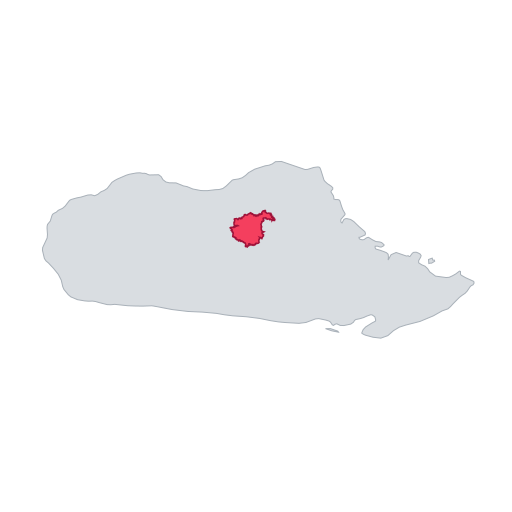 location of Tsiroanomandidy, Bongolava, Madagascar, rotated 78°
{"feature_id": "10022922B70813515121555", "entity_name": "Tsiroanomandidy", "entity_type": "district", "adm_level": 2, "iso_a3": "MDG", "parent_name": "Madagascar", "parent_adm1": "Bongolava", "projection": "albers", "projection_center": [45.919, -18.728], "detail": "fine", "context": "in_parent", "style": "filled", "palette": "rose", "viewbox_px": 512, "rotation_deg": 78, "n_neighbors": 0, "source": "geoboundaries", "source_scale": "gbopen_adm2", "svg_char_len": 8865}
<svg xmlns="http://www.w3.org/2000/svg" viewBox="0 0 512 512"><g transform="rotate(78 256 256)"><path d="M336.0,59.3L337.3,62.6L338.8,65.7L343.8,73.3L345.9,76.2L347.6,79.3L348.4,85.4L351.4,94.9L354.1,109.2L354.7,123.9L355.4,130.6L357.6,137.0L361.3,143.6L362.3,151.0L359.8,158.4L356.2,165.4L355.3,166.7L353.7,168.5L353.0,168.4L350.3,166.5L348.2,163.5L345.6,156.4L344.6,152.8L343.5,152.2L340.2,152.4L337.8,154.6L337.3,156.0L337.8,160.0L338.6,163.6L338.9,167.2L338.9,171.8L339.7,173.2L341.0,174.4L342.3,177.4L342.3,184.5L341.4,188.1L339.1,191.1L339.2,192.9L340.0,194.6L339.2,195.7L336.1,196.9L334.8,198.1L333.1,201.2L330.3,207.6L329.9,210.9L331.4,220.9L330.8,227.9L327.1,241.4L325.1,247.8L322.2,255.4L317.8,265.5L313.4,278.1L309.7,291.1L307.0,298.9L303.9,306.6L299.7,320.2L296.1,334.1L290.9,349.3L283.8,366.2L283.0,368.4L281.5,377.1L279.8,384.6L277.9,392.0L273.9,404.3L273.5,408.1L272.6,411.7L268.8,419.4L267.2,422.3L266.1,425.3L265.4,429.2L264.3,432.9L261.6,439.7L257.5,445.6L254.8,447.7L248.8,450.8L245.8,451.4L239.2,451.5L232.8,453.2L226.1,456.6L219.6,460.5L217.2,462.4L214.5,463.5L206.0,463.7L203.4,462.9L194.9,456.5L191.6,455.5L185.3,454.6L183.4,454.1L181.7,453.3L179.1,450.0L174.1,447.2L172.9,446.3L172.1,444.3L171.6,442.2L170.2,439.9L169.2,435.4L167.5,432.3L162.8,426.8L162.3,425.0L161.9,419.1L162.0,415.1L161.4,407.8L161.9,404.4L163.5,401.3L162.8,397.9L161.0,394.4L160.3,390.8L159.0,387.5L154.0,381.6L152.8,378.6L151.9,375.6L150.0,366.1L149.7,362.8L149.9,355.8L150.5,352.2L151.6,349.6L151.9,347.8L152.7,346.1L153.8,344.8L154.6,343.3L156.3,334.3L158.6,332.3L162.1,331.1L164.9,328.7L166.4,325.5L167.9,319.0L172.3,312.5L173.8,309.0L177.3,303.9L180.4,296.6L181.3,293.2L182.0,289.7L182.7,282.0L183.3,278.2L183.1,274.4L181.3,270.5L176.9,263.5L176.7,262.2L177.0,257.0L176.6,253.2L175.0,249.4L172.9,245.9L170.8,239.2L169.7,228.3L169.9,224.3L169.3,220.8L167.8,217.4L168.8,211.5L181.6,190.1L182.0,187.6L181.4,181.1L181.7,177.3L182.1,175.9L183.1,175.1L185.4,174.7L196.0,173.7L197.4,173.0L200.0,171.2L203.6,167.7L205.3,166.7L206.7,167.1L207.7,168.6L208.8,169.4L213.1,167.8L214.8,167.7L216.5,168.0L217.3,166.5L217.7,164.6L218.3,163.2L219.5,162.5L225.0,162.0L228.6,161.5L233.1,160.1L234.1,160.4L237.8,165.3L238.9,165.7L240.3,165.9L241.6,165.0L238.6,162.5L238.1,161.0L238.3,159.4L239.9,155.9L242.6,153.2L248.6,149.2L254.8,144.5L256.6,144.2L258.1,144.9L259.3,150.5L259.1,151.4L260.1,151.5L261.3,150.8L262.3,148.6L262.4,146.8L261.5,145.0L261.1,143.5L261.1,142.1L264.3,138.8L266.8,135.7L268.0,132.0L269.0,130.3L271.6,128.4L272.4,128.7L273.0,130.3L273.3,131.9L272.6,133.6L271.6,135.2L271.2,137.4L272.7,137.8L274.1,137.3L276.2,133.4L278.5,129.7L279.9,127.7L281.7,126.4L284.6,126.7L287.4,127.6L282.8,123.6L281.7,118.2L287.3,108.9L287.4,107.0L288.2,106.4L288.5,105.6L285.7,102.4L285.2,100.9L285.6,98.5L287.0,96.4L288.3,95.0L290.0,94.4L291.4,95.2L294.4,97.9L296.5,98.3L299.0,95.8L301.1,92.8L304.2,90.7L307.6,89.4L313.0,84.6L316.6,74.5L317.0,71.5L316.2,67.9L315.1,64.4L313.1,60.1L313.6,59.2L316.5,59.8L317.5,59.2L320.8,55.5L326.1,48.3L327.8,48.3L329.3,49.7L329.8,51.7L330.8,53.2L334.2,56.7L336.0,59.3ZM299.2,87.4L299.3,88.5L295.3,88.0L294.7,84.1L296.7,84.0L297.1,82.4L298.3,82.3L299.5,85.7L299.2,87.4ZM344.9,197.5L341.5,203.1L342.5,198.3L346.5,191.6L347.7,191.1L344.9,197.5Z" fill="#d9dde1" stroke="#a8b0b8" stroke-width="1"/><path d="M233.1,273.4L233.5,272.9L233.4,272.7L233.8,272.5L233.7,272.2L233.8,272.0L234.2,272.3L234.6,272.5L234.7,272.3L234.9,272.3L235.1,271.8L235.6,271.8L236.0,271.6L236.1,271.4L235.9,270.9L236.3,270.6L236.3,270.4L236.5,270.2L237.2,270.2L237.4,270.1L237.8,269.7L237.7,269.5L237.2,269.2L236.9,269.2L236.8,268.8L237.1,268.5L237.3,268.8L237.7,268.6L237.9,268.3L237.5,268.1L238.1,267.8L238.4,267.8L238.3,267.2L238.2,267.2L238.3,267.0L238.3,266.9L238.7,267.0L238.8,266.5L239.2,265.8L239.6,265.8L239.8,265.6L240.0,265.5L240.1,265.4L239.9,265.1L240.5,264.8L240.8,264.1L241.3,264.1L241.3,263.8L241.6,263.7L241.9,263.7L243.2,263.7L244.0,264.4L244.6,264.3L244.8,263.5L245.2,262.9L244.7,262.9L244.4,262.7L244.4,262.0L244.7,261.7L244.4,261.3L244.4,261.0L244.0,260.9L243.7,261.0L243.5,260.9L243.5,261.0L243.0,260.8L243.1,260.7L242.9,260.7L242.7,260.6L242.6,260.4L242.6,259.7L242.8,259.6L243.3,260.1L243.7,260.0L243.3,259.4L243.5,259.3L243.4,259.2L243.6,259.1L243.6,258.9L243.9,259.0L243.9,258.8L244.1,258.7L244.0,258.4L244.2,257.8L244.7,257.5L244.6,257.0L244.4,256.9L244.5,256.8L244.4,256.6L244.8,256.3L244.8,256.1L244.7,255.8L245.0,255.7L244.8,255.4L244.9,255.2L244.9,254.7L244.7,254.5L244.6,254.2L244.2,254.3L243.9,254.1L244.0,253.6L243.7,253.4L243.8,253.3L243.7,253.1L244.0,253.0L243.9,253.0L243.9,252.5L244.0,252.0L243.9,250.8L243.2,250.3L243.1,250.0L242.5,250.2L240.9,250.0L240.8,249.9L241.0,249.7L240.9,249.6L239.9,249.0L239.7,249.0L239.8,248.7L239.1,248.0L238.9,248.0L238.9,248.3L238.7,248.4L238.9,248.1L238.8,247.8L239.1,247.3L239.4,247.3L239.6,246.9L240.0,246.7L239.8,246.6L239.7,246.2L239.3,246.0L238.2,245.2L238.1,244.7L237.3,244.7L236.9,244.6L236.9,244.2L236.7,244.2L235.9,244.9L235.8,245.2L235.4,245.4L235.0,245.4L234.7,245.2L234.3,245.2L234.1,244.7L234.2,243.8L234.0,243.2L233.5,244.2L232.3,245.3L231.7,245.1L231.2,245.2L230.9,245.4L230.7,245.4L230.2,245.1L229.9,245.0L229.6,244.8L229.2,244.9L228.9,244.6L228.8,244.9L228.4,244.7L228.1,244.7L227.8,244.5L227.1,244.5L226.8,244.4L226.6,244.6L226.4,244.7L225.4,244.2L225.0,243.9L224.9,243.6L224.4,243.4L224.1,243.0L223.6,243.1L223.6,242.8L223.3,242.6L223.3,242.2L223.5,242.0L223.4,241.4L222.9,241.2L222.7,240.9L222.3,240.9L222.2,241.2L221.8,241.3L221.5,241.1L221.3,241.2L221.1,241.1L220.6,241.2L220.4,240.9L220.6,240.5L220.5,239.9L220.9,238.9L220.6,238.6L221.0,238.1L221.5,238.0L221.9,237.5L222.0,237.7L222.2,237.2L222.4,237.2L222.3,236.5L222.5,235.5L222.8,235.3L222.7,235.1L222.8,234.9L223.0,234.8L222.6,234.4L222.7,234.5L222.8,234.3L223.2,234.4L223.1,234.2L223.8,233.5L223.7,233.3L223.8,232.9L224.3,232.7L224.6,232.8L224.3,232.4L224.3,232.1L224.7,231.8L224.8,231.5L224.7,231.4L224.7,231.2L225.0,231.0L225.0,230.8L225.1,230.5L224.8,230.4L224.3,230.3L224.3,230.0L223.8,230.0L223.4,230.7L223.2,230.5L222.9,230.7L222.7,230.6L222.4,230.8L222.5,231.2L222.3,231.0L222.2,231.4L221.8,231.4L221.6,231.4L221.8,231.6L221.6,231.7L221.5,232.3L221.2,232.2L220.9,232.4L220.7,232.3L220.7,232.5L220.6,232.3L220.3,232.2L220.1,232.4L220.3,232.6L219.6,232.6L219.6,232.4L219.1,232.7L218.9,232.4L218.7,232.5L218.8,232.7L218.4,232.7L218.6,232.8L218.6,233.0L218.4,232.9L218.5,233.1L218.2,233.1L218.2,232.9L218.1,233.0L218.0,233.3L218.0,233.0L217.9,233.3L217.5,233.2L217.6,233.5L217.1,233.7L217.1,234.0L216.8,234.3L216.8,234.5L216.7,234.6L216.6,235.1L216.7,236.0L216.4,236.6L215.9,236.8L215.8,237.0L215.2,237.4L215.2,237.8L214.8,237.9L214.6,237.6L214.0,237.3L213.3,237.6L213.3,237.9L213.4,238.3L213.7,238.3L213.7,238.5L213.4,238.9L213.4,239.5L213.9,239.8L213.9,240.0L213.7,240.2L214.1,240.7L214.7,241.3L215.4,241.7L216.0,241.3L216.3,241.5L216.3,242.6L215.6,243.3L215.9,243.5L216.1,243.6L216.2,244.1L216.4,244.0L216.4,244.4L216.3,244.5L216.2,244.6L216.4,244.8L216.2,244.8L216.4,245.0L216.4,245.4L216.6,245.6L216.3,245.6L216.5,245.7L216.5,245.9L216.4,246.0L216.6,246.1L216.4,246.7L216.5,246.8L216.3,246.8L216.4,247.1L216.2,247.1L216.0,247.4L216.5,247.5L216.6,247.3L216.8,247.8L216.7,247.9L216.6,247.7L216.5,247.9L216.6,248.0L216.3,248.1L216.5,248.3L216.4,248.6L216.0,248.7L216.0,248.9L215.9,248.8L215.8,249.1L215.7,249.4L215.3,249.2L215.0,249.6L215.0,250.1L214.7,250.2L214.6,250.5L214.1,250.6L214.2,251.0L213.8,251.0L213.7,251.2L214.0,251.3L213.8,251.6L213.3,251.7L213.3,251.8L213.1,251.7L212.7,252.2L212.9,252.3L212.7,252.5L212.8,253.0L213.0,253.0L213.1,253.4L213.2,253.6L213.1,253.8L213.2,254.1L213.3,254.7L213.4,255.0L213.6,255.3L214.0,255.6L214.1,255.8L213.9,256.1L214.1,256.5L213.9,257.3L213.3,257.6L213.1,258.4L213.3,258.6L213.3,258.9L213.5,259.0L213.8,258.8L214.3,259.3L214.5,259.8L215.0,260.0L215.1,261.6L215.6,262.0L216.3,262.0L216.2,262.5L216.5,263.0L216.4,263.4L216.0,263.5L215.7,263.4L215.4,264.4L215.4,264.7L215.6,265.0L216.0,265.1L216.7,266.1L216.5,266.3L215.9,266.5L215.3,267.2L215.3,267.9L215.2,269.4L215.6,269.6L216.7,269.4L217.0,269.5L218.4,270.4L218.5,270.1L218.8,270.3L219.1,270.6L220.0,270.9L220.7,270.9L221.3,270.6L221.8,270.6L222.0,269.9L222.1,268.7L222.3,267.6L222.6,267.3L222.6,268.3L222.8,268.8L222.9,270.1L223.2,270.3L223.1,270.6L223.1,270.8L223.4,271.2L223.5,271.4L223.4,271.6L223.2,271.6L223.3,271.8L223.1,271.9L223.4,272.0L223.3,272.3L223.1,272.4L223.0,272.5L223.0,273.1L223.1,273.3L223.0,273.5L223.1,273.8L223.2,274.5L223.0,274.3L222.7,274.5L222.9,275.1L223.1,274.9L223.9,274.9L225.2,273.9L225.4,274.0L225.5,274.6L225.8,275.0L226.0,274.9L226.1,274.6L226.6,274.5L226.9,273.9L227.2,273.8L227.7,274.2L228.5,273.5L229.3,273.6L229.3,273.8L230.1,274.1L231.2,274.2L231.5,274.6L232.0,274.7L232.4,274.2L232.6,274.2L232.6,273.6L232.9,273.4L233.1,273.4Z" fill="#f43f5e" stroke="#9f1239" stroke-width="1.5"/></g></svg>